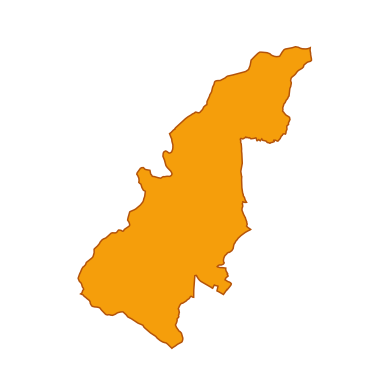 Copsa Mica, Sibiu, Romania, rotated 277°
{"feature_id": "2599482B61193190522325", "entity_name": "Copsa Mica", "entity_type": "district", "adm_level": 2, "iso_a3": "ROU", "parent_name": "Romania", "parent_adm1": "Sibiu", "projection": "albers", "projection_center": [24.264, 46.118], "detail": "fine", "context": "isolated", "style": "filled", "palette": "amber", "viewbox_px": 384, "rotation_deg": 277, "n_neighbors": 0, "source": "geoboundaries", "source_scale": "gbopen_adm2", "svg_char_len": 6010}
<svg xmlns="http://www.w3.org/2000/svg" viewBox="0 0 384 384"><g transform="rotate(277 192 192)"><path d="M349.6,291.8L349.3,291.4L348.4,289.5L348.1,288.4L347.9,287.8L347.6,284.2L347.9,282.0L348.6,279.9L348.8,277.0L347.4,273.9L345.3,267.3L344.8,266.5L344.3,265.9L341.9,264.5L337.7,262.6L337.3,262.2L336.8,260.3L336.6,259.2L336.7,257.1L337.4,254.4L338.0,253.4L338.7,252.5L339.4,249.6L339.4,248.3L339.3,245.0L339.2,243.1L339.0,242.1L337.5,240.4L334.3,237.8L330.1,234.6L324.7,234.3L320.5,233.2L318.4,230.9L317.8,229.8L313.1,218.1L311.4,213.3L310.7,212.3L309.2,210.9L306.1,206.4L305.6,203.3L305.0,201.9L304.7,201.5L303.9,201.0L301.4,200.7L298.6,199.7L293.8,199.2L290.4,197.8L289.2,197.7L283.7,195.9L280.5,196.1L279.7,194.9L277.7,193.2L275.9,192.7L274.6,192.0L272.0,190.1L271.7,189.8L271.4,188.5L271.8,186.0L271.3,185.2L270.8,185.0L269.5,182.9L268.2,181.5L266.2,178.9L264.0,176.6L253.7,167.8L252.6,167.2L252.4,167.4L251.2,166.0L248.4,163.9L247.2,162.6L243.2,164.7L242.4,165.3L239.9,165.9L236.4,167.3L233.6,167.6L232.0,167.6L229.6,167.0L228.9,166.6L228.0,165.3L227.9,164.6L228.0,164.1L229.1,162.2L229.5,161.0L229.4,160.5L228.2,159.1L226.9,158.7L223.9,158.8L220.3,160.8L215.3,162.8L214.3,163.5L213.1,164.7L210.0,168.5L208.5,169.5L207.7,169.9L207.1,169.9L206.0,169.5L204.8,168.2L204.6,165.8L204.4,164.7L203.8,162.8L203.8,161.9L203.4,161.0L201.9,159.3L201.9,159.0L202.0,157.2L202.7,152.8L202.7,150.7L203.7,150.0L204.8,148.8L208.4,147.6L208.6,143.9L208.8,142.6L210.3,140.8L210.0,139.1L209.2,137.9L204.5,135.3L203.0,135.0L202.5,135.3L201.9,136.0L199.1,137.6L196.7,138.1L195.1,138.0L194.4,138.8L193.6,140.2L193.2,140.5L190.4,141.7L188.0,143.4L187.7,143.8L187.3,145.1L186.9,145.6L182.0,145.6L179.3,145.0L177.3,144.8L176.1,144.4L172.8,142.4L168.3,138.2L167.2,136.7L165.1,133.1L164.6,132.6L158.9,131.7L156.3,131.5L154.4,133.1L153.2,133.7L151.8,134.2L151.0,134.1L150.3,133.6L146.6,129.4L145.3,128.9L144.7,128.3L144.6,127.7L145.3,126.3L145.4,124.0L145.0,123.5L143.0,122.3L142.4,121.7L142.0,120.7L141.8,118.0L141.3,116.8L137.9,113.9L135.8,112.0L134.7,110.0L133.7,108.7L131.2,107.0L129.5,106.4L126.8,104.7L124.4,102.6L123.3,101.8L119.8,102.3L116.1,101.7L115.3,101.4L114.1,100.5L109.3,95.8L108.5,95.5L107.2,95.3L106.6,95.0L104.6,93.5L104.2,92.9L101.9,91.9L98.9,91.1L97.2,90.5L92.6,89.5L92.0,89.7L89.6,91.1L88.2,92.9L87.2,93.6L84.4,94.8L83.2,95.9L82.2,96.3L80.8,95.5L78.5,95.1L77.3,93.9L76.5,96.6L75.3,97.7L74.9,98.4L74.7,99.0L73.5,100.6L71.8,103.4L70.6,104.2L68.9,104.7L66.9,106.2L66.5,106.8L66.3,107.4L66.1,109.4L66.2,112.0L66.0,113.6L65.8,114.5L65.4,115.0L64.0,116.3L60.4,120.7L60.0,121.3L59.8,122.0L59.7,123.2L60.1,124.3L60.1,125.7L59.9,125.9L59.9,128.2L61.3,130.7L63.0,132.7L63.5,133.9L64.2,135.7L64.6,137.6L64.5,138.3L62.2,141.5L60.2,143.5L58.7,147.5L55.3,154.3L54.8,156.0L54.4,157.6L53.7,159.6L52.2,160.6L51.0,162.1L47.0,168.1L44.3,173.6L42.6,175.4L40.7,178.5L39.6,181.1L39.2,183.0L39.1,184.3L38.8,185.1L38.0,186.4L34.4,191.1L35.2,191.8L37.3,194.4L39.0,196.1L41.6,199.8L42.1,200.3L43.1,200.6L44.4,200.8L45.9,200.7L50.6,198.7L52.0,197.1L52.1,196.6L52.5,196.0L55.7,193.1L58.0,191.8L60.5,192.6L62.4,192.9L64.1,192.7L64.6,192.8L65.8,193.8L66.5,194.1L68.2,193.6L68.8,193.9L69.9,193.9L71.1,194.1L72.5,193.5L73.3,193.4L74.3,192.6L78.1,193.7L79.5,194.5L80.2,195.1L80.5,196.3L83.2,199.6L84.5,200.5L85.8,202.1L88.1,203.3L88.3,203.8L88.3,204.3L87.9,205.0L87.7,205.7L87.7,206.5L94.8,205.7L109.3,205.0L109.8,206.3L109.5,206.8L109.1,206.9L106.6,208.9L105.3,210.3L104.3,211.8L99.6,222.9L99.4,223.0L99.0,224.2L102.4,225.5L102.0,227.0L101.8,229.2L101.4,229.3L96.9,228.8L96.2,230.8L94.1,235.7L99.3,238.5L99.1,238.7L99.5,239.0L103.0,241.2L104.7,242.1L105.7,242.2L106.6,241.3L107.2,239.9L107.5,238.4L108.6,236.3L108.7,235.6L108.9,235.5L110.2,235.8L111.1,236.3L113.0,238.1L114.7,237.0L115.1,237.4L118.2,235.2L119.4,234.9L120.6,234.8L120.6,230.9L120.4,229.2L120.6,227.3L120.8,226.3L121.1,226.1L121.3,226.5L122.1,226.8L122.3,227.1L123.0,228.3L123.0,229.7L124.0,231.6L124.8,232.3L125.3,232.5L125.8,232.5L126.2,232.0L128.2,231.5L130.6,231.7L132.8,232.4L134.9,234.1L135.5,234.3L136.5,235.5L136.5,236.1L137.1,237.0L138.7,238.7L140.8,239.7L144.2,239.9L145.7,240.2L146.4,240.7L148.6,241.5L150.1,242.6L151.7,243.4L154.8,246.0L158.3,249.7L160.1,252.1L161.4,254.2L162.0,254.8L163.6,251.8L164.6,250.5L164.8,250.3L166.6,250.7L167.4,250.5L168.1,250.1L169.0,250.0L171.9,248.5L173.2,248.0L173.8,247.4L175.0,246.7L175.9,246.0L180.1,243.8L182.2,243.7L183.6,244.1L185.3,243.9L186.2,243.4L186.9,243.4L188.0,244.0L188.5,243.8L188.5,244.4L188.1,245.4L188.2,246.7L188.4,247.4L190.7,245.7L193.0,244.7L194.5,243.4L195.9,243.1L197.2,242.4L202.3,241.0L210.4,239.7L213.2,239.5L213.2,239.4L218.4,237.9L226.7,238.4L236.1,236.8L238.6,236.2L240.8,236.0L244.7,235.2L245.7,235.0L247.1,234.2L249.0,234.1L249.7,233.6L250.4,233.5L250.9,233.7L251.2,234.1L250.8,235.3L251.0,236.1L251.3,236.7L252.0,237.5L252.3,238.1L253.1,238.6L253.0,239.1L252.6,239.8L252.9,240.6L252.6,241.6L252.9,242.6L252.1,243.6L252.0,244.1L252.7,246.9L253.5,248.8L253.3,249.1L251.3,249.9L250.8,250.3L250.9,250.6L252.1,251.8L251.1,253.5L253.2,254.8L251.9,255.9L251.7,258.6L251.3,259.7L250.4,260.5L250.2,261.5L250.3,261.9L249.9,263.3L249.9,263.5L250.6,264.2L251.0,265.5L252.0,267.4L252.4,267.5L253.3,266.8L253.5,267.0L253.4,267.5L253.6,268.6L252.9,270.4L253.1,271.2L255.8,273.0L257.7,273.6L258.4,273.9L259.2,274.7L260.4,275.1L260.6,275.4L261.0,276.4L260.9,277.7L261.5,277.8L262.1,278.1L263.2,277.9L265.9,278.6L268.2,278.1L269.3,278.2L270.8,279.6L272.3,279.3L275.8,280.4L278.0,279.7L278.4,279.0L278.9,278.0L279.7,276.1L281.4,274.1L282.2,273.5L283.2,272.1L284.9,272.2L286.6,271.8L290.8,272.6L292.0,273.5L294.6,274.3L296.3,275.5L297.9,275.9L299.1,276.6L306.6,276.5L308.7,277.1L312.0,277.3L312.7,277.2L314.4,276.3L316.3,276.4L317.0,276.5L318.1,277.1L320.6,279.5L322.1,280.6L323.4,281.2L325.5,282.7L328.2,286.2L329.8,287.4L331.4,287.5L332.3,288.2L334.7,290.5L335.3,291.5L336.1,293.5L337.1,294.5L338.4,294.4L342.8,293.0L344.2,292.8L347.1,291.9L349.6,291.8Z" fill="#f59e0b" stroke="#b45309" stroke-width="1.5"/></g></svg>